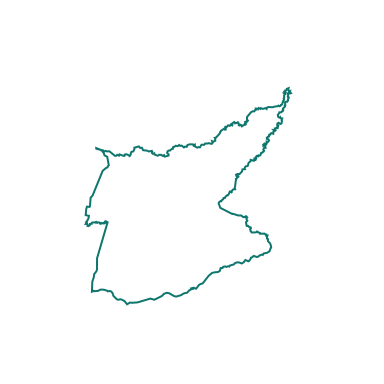 outline of Algarrobo, Magdalena, Colombia, rotated 230°
{"feature_id": "7082276B14520345470413", "entity_name": "Algarrobo", "entity_type": "district", "adm_level": 2, "iso_a3": "COL", "parent_name": "Colombia", "parent_adm1": "Magdalena", "projection": "albers", "projection_center": [-74.106, 10.222], "detail": "fine", "context": "isolated", "style": "outline", "palette": "teal", "viewbox_px": 384, "rotation_deg": 230, "n_neighbors": 0, "source": "geoboundaries", "source_scale": "gbopen_adm2", "svg_char_len": 6106}
<svg xmlns="http://www.w3.org/2000/svg" viewBox="0 0 384 384"><g transform="rotate(230 192 192)"><path d="M287.2,146.9L286.6,146.5L283.6,148.7L281.6,149.5L278.3,149.4L276.3,148.5L273.5,149.7L265.9,145.4L265.9,144.4L265.2,143.1L265.7,141.3L265.6,137.1L253.2,113.6L252.8,110.7L246.5,104.5L246.5,103.8L248.3,102.2L247.0,100.1L242.6,95.7L240.0,97.7L238.7,96.3L237.5,93.9L237.1,91.9L236.7,92.2L236.2,91.9L235.8,90.1L234.7,91.2L233.4,90.8L233.2,90.2L232.5,90.6L232.2,92.3L233.1,93.3L232.1,94.8L232.8,95.5L232.5,96.5L231.3,97.7L230.8,99.1L230.3,98.8L229.8,99.7L229.3,99.6L229.2,100.4L228.4,101.3L227.6,101.7L227.0,101.2L226.3,101.6L226.5,102.6L225.8,102.9L225.4,104.1L224.7,104.1L224.3,104.6L224.4,105.7L225.2,106.1L225.3,106.6L223.7,106.5L224.1,107.6L223.1,107.9L202.2,76.6L193.5,69.2L192.7,67.7L191.9,64.2L189.9,62.1L187.4,58.0L180.0,51.3L179.6,53.0L179.1,53.0L176.6,56.6L176.1,59.1L173.8,61.7L171.0,63.5L169.9,63.7L169.4,64.9L168.0,66.1L165.9,66.2L162.8,65.0L158.0,65.5L156.7,66.4L156.1,68.0L154.9,68.9L151.8,70.2L147.7,70.1L147.2,73.4L145.7,74.8L142.4,79.4L137.1,91.6L133.7,93.9L131.7,101.9L132.0,104.9L131.1,107.7L129.2,109.4L123.7,111.4L122.1,112.6L120.0,117.3L119.8,119.7L118.9,122.0L118.0,123.4L118.4,126.7L117.9,129.1L118.7,129.4L117.7,131.5L117.0,131.0L116.6,132.3L115.3,133.0L116.3,137.6L116.0,139.5L115.1,141.4L117.1,150.9L117.1,155.5L115.2,158.9L114.2,160.0L113.8,161.3L113.7,162.7L115.3,165.0L114.2,166.6L114.6,167.9L113.7,169.5L112.6,170.1L112.0,171.8L110.9,172.7L111.2,174.1L109.6,177.4L109.9,179.4L108.9,181.6L107.9,182.7L105.3,184.1L104.9,186.3L105.6,189.2L102.7,190.6L102.5,191.6L103.0,193.6L103.8,194.9L103.3,196.1L103.4,198.2L100.7,199.8L100.0,200.8L99.9,203.2L98.9,205.8L98.3,205.9L98.8,207.5L97.1,210.6L96.8,213.3L98.6,216.4L98.5,216.9L99.9,217.8L102.4,218.8L105.5,218.6L107.1,219.9L108.1,219.5L109.3,220.7L109.9,220.6L110.2,221.8L111.0,221.0L111.7,221.6L112.4,220.9L113.5,220.8L116.3,217.3L117.0,217.7L118.7,216.6L119.4,216.8L119.9,216.4L119.6,216.0L120.3,214.6L122.5,211.8L124.3,211.7L124.8,212.2L125.9,212.4L126.4,213.9L127.2,214.2L128.1,213.4L130.2,213.1L130.7,212.2L131.2,212.2L134.2,214.0L134.4,215.9L135.7,216.1L137.2,217.3L137.1,217.9L138.5,218.0L138.8,217.7L138.4,216.6L139.5,216.0L139.8,215.1L142.4,214.6L144.2,212.4L149.2,209.2L149.3,208.7L161.6,203.5L166.2,205.1L166.7,206.0L166.7,208.1L166.1,208.6L166.6,209.8L166.4,211.2L167.1,212.3L166.3,213.4L166.9,214.7L166.9,216.9L166.4,217.2L166.8,218.9L168.0,221.2L166.4,221.9L166.4,222.5L167.3,222.9L167.5,225.3L166.4,226.8L167.8,227.4L168.4,228.4L172.8,233.1L173.1,233.9L173.8,234.1L173.9,237.5L174.3,237.7L175.5,236.3L177.0,236.9L176.6,238.2L175.2,240.0L175.6,243.5L176.9,245.2L175.5,247.2L176.3,247.4L177.0,248.9L177.1,249.8L176.4,250.7L176.2,251.6L178.0,254.1L177.9,256.6L178.9,257.6L176.2,259.4L177.1,260.7L176.1,260.7L175.7,261.2L176.6,263.0L177.5,262.6L178.0,264.7L177.8,265.3L176.8,265.7L177.2,266.5L176.6,266.8L176.2,268.0L177.5,270.1L176.9,271.2L177.2,271.8L176.9,272.9L177.3,273.8L178.6,273.8L179.4,275.4L178.6,276.8L179.6,277.1L180.1,277.9L181.1,277.6L181.5,276.3L182.4,276.9L182.1,278.4L182.5,278.4L182.5,278.8L180.9,279.8L181.1,280.5L182.7,281.6L181.5,282.7L182.0,284.2L183.5,284.4L184.6,283.5L185.5,284.2L185.5,285.8L185.0,286.7L186.2,287.7L186.2,288.4L185.7,288.8L186.2,290.5L184.4,291.7L185.9,293.1L185.6,294.5L187.1,294.4L185.8,295.8L187.4,296.4L186.6,298.3L185.9,298.7L186.3,299.3L187.1,299.4L187.0,300.1L187.6,301.0L188.7,300.4L189.6,301.6L189.4,302.8L187.1,303.7L187.1,304.8L188.7,306.7L189.5,306.8L190.4,308.4L191.6,307.3L192.7,307.7L192.7,306.9L193.2,306.5L194.3,306.4L195.9,307.2L196.4,309.6L196.9,310.1L195.7,311.6L196.0,312.5L195.5,313.3L195.9,314.2L196.4,314.3L196.3,314.7L197.5,315.4L197.6,318.1L198.6,318.6L198.5,319.3L199.6,319.8L200.8,321.5L200.6,322.5L199.9,323.1L200.4,324.4L201.4,325.2L201.6,326.0L202.8,326.5L202.7,326.9L203.5,326.7L204.9,328.4L206.0,328.9L205.4,330.4L204.5,330.4L204.1,331.3L205.4,331.3L205.9,331.8L205.9,331.0L206.9,331.0L207.4,331.5L208.7,331.6L209.5,332.7L209.8,331.8L209.0,331.1L209.9,330.6L209.3,329.7L209.4,328.6L209.8,328.4L209.5,327.9L209.6,327.1L209.1,327.0L208.5,327.8L208.1,327.7L207.1,326.7L208.0,325.9L207.2,325.9L206.6,324.3L204.8,323.2L204.6,322.2L203.4,321.8L203.1,320.3L202.2,320.0L202.5,319.3L201.4,317.6L201.2,316.7L201.6,316.1L201.1,315.1L201.5,314.1L202.6,313.7L202.5,313.0L204.4,310.1L204.9,308.5L207.9,305.2L208.5,303.6L207.7,302.5L209.1,302.1L210.1,299.7L212.1,298.5L211.8,297.7L213.4,297.2L213.0,295.8L213.7,295.8L214.9,294.5L213.9,294.0L214.3,293.2L213.7,291.6L214.7,290.6L215.2,288.7L214.1,282.4L212.2,280.7L210.7,280.7L210.5,279.1L211.2,278.8L211.5,277.7L210.8,277.4L210.5,276.6L209.4,277.0L209.2,276.3L210.0,274.7L210.2,272.5L211.4,272.8L212.3,272.4L212.2,271.3L213.2,270.8L214.5,271.9L215.0,271.6L216.0,271.9L216.2,270.5L217.1,269.8L217.0,269.1L218.5,269.2L218.7,266.8L217.4,266.0L217.2,265.5L218.8,265.1L218.4,263.4L219.9,262.5L219.5,260.4L220.5,259.6L220.4,259.0L219.1,258.8L218.2,258.1L218.5,257.3L219.9,256.9L220.3,253.5L219.8,252.8L219.8,251.9L219.2,251.4L218.7,249.2L218.3,245.3L218.8,244.3L217.8,244.2L217.3,243.4L216.3,242.8L216.8,240.7L218.0,240.1L216.4,239.4L216.2,238.0L218.7,236.2L219.1,235.1L220.7,233.2L220.3,231.7L222.1,229.7L221.1,226.7L222.3,225.8L222.6,224.5L225.0,223.6L226.4,224.6L226.5,223.0L227.8,223.4L230.0,220.9L230.9,218.7L230.0,216.9L231.3,215.9L231.3,214.5L234.2,213.9L234.9,212.6L236.3,212.4L236.3,210.5L237.9,209.2L237.9,207.9L238.6,206.6L237.4,205.1L238.0,204.2L237.9,201.7L238.7,200.9L238.9,199.6L238.0,198.1L235.8,198.2L235.0,197.5L236.5,194.0L237.0,193.7L238.2,194.2L238.4,192.8L240.1,192.4L241.6,190.8L241.8,189.1L244.3,187.6L245.0,187.5L245.9,188.0L246.4,186.6L247.8,186.4L248.5,187.6L249.3,187.7L250.9,184.9L252.5,184.2L255.5,181.4L258.1,182.1L259.1,180.6L261.1,180.6L263.0,176.3L261.9,175.5L260.8,173.1L261.7,171.4L260.9,169.8L260.1,169.2L259.6,167.3L261.7,166.8L263.2,165.9L263.9,164.5L263.1,163.6L263.2,163.1L267.4,160.6L266.8,159.4L268.5,158.7L268.5,157.2L269.2,156.2L276.3,154.9L277.8,152.9L279.1,152.2L279.5,150.5L281.2,150.6L282.4,149.5L287.2,146.9Z" fill="none" stroke="#0f766e" stroke-width="2"/></g></svg>